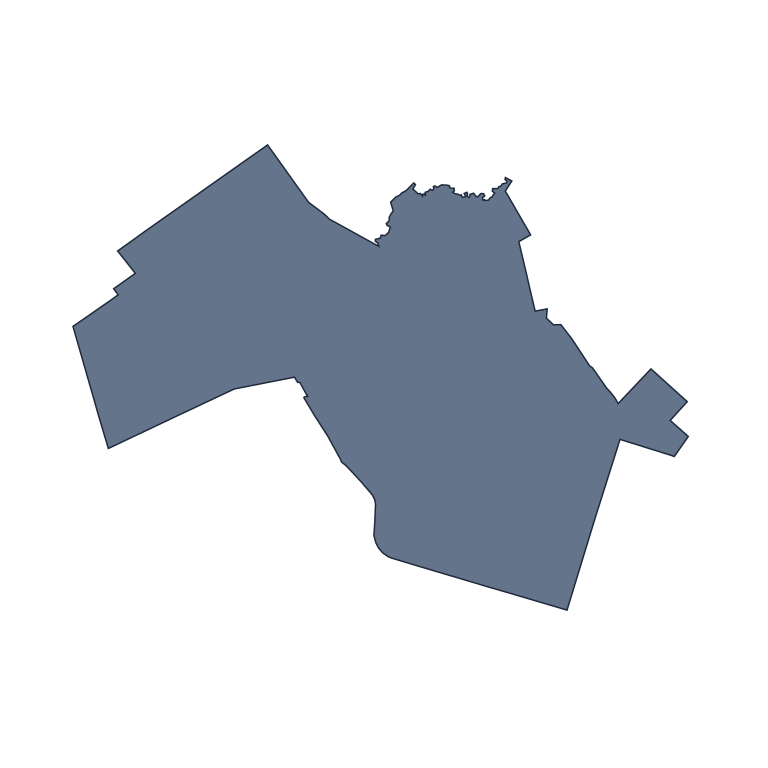 Putineiu, Teleorman, Romania (orthographic projection), rotated 259°
{"feature_id": "2599482B88222276928350", "entity_name": "Putineiu", "entity_type": "district", "adm_level": 2, "iso_a3": "ROU", "parent_name": "Romania", "parent_adm1": "Teleorman", "projection": "orthographic", "projection_center": [24.984, 43.91], "detail": "fine", "context": "isolated", "style": "filled", "palette": "slate", "viewbox_px": 768, "rotation_deg": 259, "n_neighbors": 0, "source": "geoboundaries", "source_scale": "gbopen_adm2", "svg_char_len": 2506}
<svg xmlns="http://www.w3.org/2000/svg" viewBox="0 0 768 768"><g transform="rotate(259 384 384)"><path d="M347.9,648.9L344.4,644.1L336.3,632.8L320.1,610.1L325.9,608.2L332.8,604.7L337.6,601.7L360.0,591.8L362.6,589.3L392.3,577.1L408.6,568.9L409.7,561.7L417.6,556.0L426.6,558.5L426.7,546.3L443.4,545.6L469.3,544.7L498.0,543.5L502.1,555.6L502.4,556.4L550.2,539.9L558.9,548.2L563.5,542.6L561.6,541.8L559.6,543.4L558.0,542.6L557.9,538.4L556.1,536.6L555.7,534.3L554.1,532.9L555.1,528.0L552.7,527.1L550.2,529.1L548.6,527.0L547.3,526.1L546.3,523.4L544.5,521.6L544.9,517.9L545.8,517.9L545.8,516.1L547.5,516.1L548.8,517.2L548.9,518.3L549.8,518.8L551.8,518.0L552.4,516.3L552.3,515.1L550.3,512.4L549.9,511.2L550.0,510.7L551.5,509.8L554.2,508.3L553.8,504.6L552.2,504.2L551.6,503.8L551.0,502.9L552.1,501.6L553.0,501.7L554.5,502.3L556.3,502.1L556.4,501.6L555.7,499.0L553.0,499.9L552.2,499.4L552.4,498.3L552.2,497.2L552.5,496.4L554.9,496.1L554.9,494.3L556.4,492.5L557.3,490.0L559.1,488.0L560.2,489.9L562.8,490.2L563.5,486.8L564.6,485.9L565.9,486.2L566.9,484.7L568.5,478.5L566.8,473.6L568.8,471.8L568.3,470.1L565.9,470.1L564.8,468.2L566.4,466.6L564.7,464.0L564.3,461.0L561.6,460.7L561.8,460.0L562.9,459.6L562.8,458.2L561.1,457.7L564.1,456.0L564.2,453.8L569.8,449.6L573.6,452.9L575.5,451.9L575.5,451.2L569.7,442.8L568.2,437.9L566.4,435.5L565.2,431.1L561.2,425.2L552.2,426.1L549.4,423.1L546.9,421.1L543.2,420.1L541.0,416.8L539.0,417.3L536.9,420.2L532.0,417.5L529.4,413.4L530.7,409.7L527.8,407.9L527.7,403.2L525.8,402.7L523.7,404.8L520.2,405.1L531.8,391.1L556.3,361.8L561.4,358.4L576.8,344.6L627.2,321.6L640.9,315.3L637.8,308.5L633.5,298.8L605.6,236.7L584.5,189.7L579.3,178.1L573.7,166.1L565.4,147.9L540.1,161.0L529.1,136.8L522.2,140.0L516.6,127.7L515.4,124.9L506.6,105.0L499.9,89.7L442.8,94.7L428.4,96.0L409.1,97.6L395.8,98.9L373.3,101.1L391.9,173.7L407.7,236.1L407.8,297.4L402.1,299.5L401.6,301.7L396.3,303.4L391.8,304.8L386.5,306.7L386.7,304.9L386.3,302.9L385.1,302.9L384.2,303.3L366.2,309.8L343.7,318.8L319.0,326.7L315.2,327.6L311.2,331.1L300.6,337.8L291.3,343.5L277.3,351.4L272.2,352.8L267.8,352.8L249.8,348.5L237.2,345.2L229.7,345.7L224.0,347.4L218.4,350.6L213.8,355.0L211.6,358.3L200.0,380.4L198.6,383.0L188.7,402.0L173.9,430.4L166.8,444.0L162.8,451.7L157.0,463.0L127.2,520.3L127.1,520.5L211.6,565.4L263.6,593.7L284.6,605.1L280.0,613.6L267.3,637.1L258.8,652.9L257.4,655.0L259.4,657.1L274.4,672.7L293.6,658.0L308.8,678.3L318.5,671.0L340.9,654.2L347.9,648.9Z" fill="#64748b" stroke="#1e293b" stroke-width="1.5"/></g></svg>